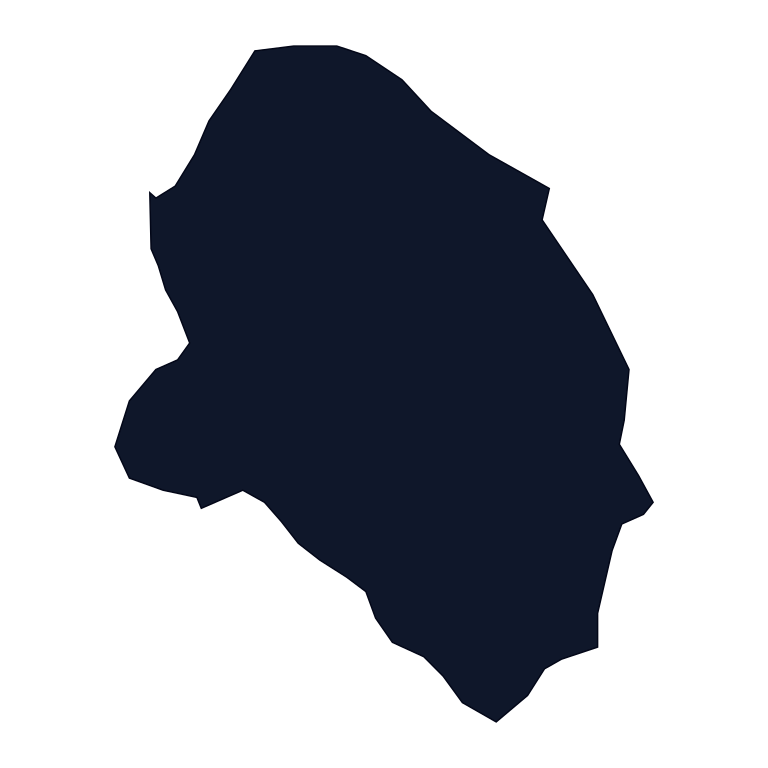 outline of Gurye-gun, South Jeolla, South Korea
{"feature_id": "91817680B46219646335198", "entity_name": "Gurye-gun", "entity_type": "district", "adm_level": 2, "iso_a3": "KOR", "parent_name": "South Korea", "parent_adm1": "South Jeolla", "projection": "mercator", "projection_center": [127.492, 35.226], "detail": "fine", "context": "isolated", "style": "filled", "palette": "ink", "viewbox_px": 768, "rotation_deg": 0, "n_neighbors": 0, "source": "geoboundaries", "source_scale": "gbopen_adm2", "svg_char_len": 810}
<svg xmlns="http://www.w3.org/2000/svg" viewBox="0 0 768 768"><path d="M149.8,192.7L151.1,248.8L158.3,265.7L165.6,289.9L177.6,311.6L189.7,343.0L177.6,359.9L155.9,369.5L129.4,400.9L114.9,446.8L129.4,478.1L163.1,490.2L196.9,497.4L201.3,508.3L242.8,490.2L264.5,502.3L281.4,521.6L298.3,543.3L320.0,560.2L346.6,577.1L365.9,591.6L375.6,618.1L392.4,642.3L423.8,656.7L443.1,676.1L447.2,681.7L462.4,702.6L496.2,721.9L527.6,695.4L544.5,668.8L561.4,659.2L597.6,647.1L597.6,613.3L612.1,550.5L621.8,524.0L643.5,514.3L653.1,502.3L638.6,475.7L619.3,444.3L624.2,420.2L629.0,369.5L592.8,294.7L542.1,219.9L549.3,188.5L489.0,154.7L431.1,111.3L402.1,79.9L365.9,55.7L336.9,46.1L293.5,46.1L254.9,50.9L230.7,89.5L209.0,120.9L194.5,154.7L175.2,186.1L155.9,198.1L149.8,192.7Z" fill="#0f172a" stroke="#020617" stroke-width="1.5"/></svg>